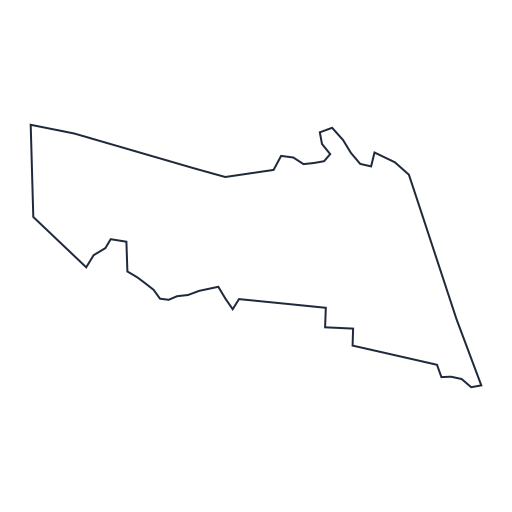 Pinheiro Preto, Santa Catarina, Brazil (Equal Earth projection)
{"feature_id": "56859067B21273209353903", "entity_name": "Pinheiro Preto", "entity_type": "district", "adm_level": 2, "iso_a3": "BRA", "parent_name": "Brazil", "parent_adm1": "Santa Catarina", "projection": "equal_earth", "projection_center": [-51.235, -27.055], "detail": "fine", "context": "isolated", "style": "outline", "palette": "slate", "viewbox_px": 512, "rotation_deg": 0, "n_neighbors": 0, "source": "geoboundaries", "source_scale": "gbopen_adm2", "svg_char_len": 781}
<svg xmlns="http://www.w3.org/2000/svg" viewBox="0 0 512 512"><path d="M86.2,267.3L93.6,255.2L105.4,248.1L110.7,239.2L126.4,241.7L127.4,271.5L137.4,277.4L145.9,283.8L153.6,289.8L160.0,298.7L168.7,299.8L177.1,296.2L188.0,295.0L199.0,290.9L207.4,289.1L218.3,286.8L225.7,299.1L232.7,309.2L239.0,299.1L325.8,307.8L325.1,327.3L353.1,328.6L352.6,345.6L437.0,364.8L441.4,377.1L451.0,376.7L461.6,379.0L471.2,387.2L481.3,385.4L456.3,318.6L421.9,214.0L408.9,174.7L394.9,162.3L374.5,152.5L371.1,166.4L360.2,163.9L350.9,152.9L343.1,140.1L332.1,127.8L319.8,132.3L322.0,144.0L330.2,154.1L324.1,161.2L314.0,163.0L303.5,164.1L293.3,157.5L281.1,155.9L273.6,169.9L225.3,177.0L212.6,173.5L194.0,168.3L74.2,133.5L30.7,124.8L33.3,217.0L86.2,267.3Z" fill="none" stroke="#1e293b" stroke-width="2"/></svg>